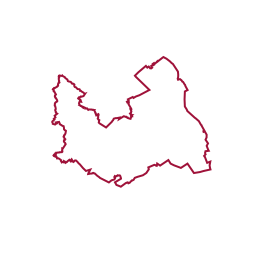 San Felipe, Guanajuato, Mexico (Albers equal-area conic projection), rotated 51°
{"feature_id": "50627088B95947511584751", "entity_name": "San Felipe", "entity_type": "district", "adm_level": 2, "iso_a3": "MEX", "parent_name": "Mexico", "parent_adm1": "Guanajuato", "projection": "albers", "projection_center": [-101.374, 21.488], "detail": "fine", "context": "isolated", "style": "outline", "palette": "rose", "viewbox_px": 256, "rotation_deg": 51, "n_neighbors": 0, "source": "geoboundaries", "source_scale": "gbopen_adm2", "svg_char_len": 5781}
<svg xmlns="http://www.w3.org/2000/svg" viewBox="0 0 256 256"><g transform="rotate(51 128 128)"><path d="M171.2,162.5L171.5,161.5L171.6,160.5L171.2,159.5L171.4,158.6L171.2,157.9L171.5,157.6L171.8,156.3L171.0,154.1L172.0,151.2L174.1,146.2L174.5,142.1L173.2,137.8L171.4,137.0L173.2,130.7L173.7,130.3L175.2,129.8L175.5,129.4L174.0,127.7L177.4,126.7L178.3,116.8L182.5,117.3L186.0,115.7L192.3,112.0L193.1,104.2L204.5,105.1L207.5,99.8L209.0,96.3L212.1,90.0L210.7,89.4L208.5,88.2L205.9,85.2L204.9,88.4L198.5,86.3L198.3,86.5L197.6,86.4L197.3,84.3L196.4,84.1L195.5,83.4L195.4,83.1L194.8,82.4L196.5,79.6L195.4,79.4L191.4,78.1L190.3,75.5L185.9,75.1L184.8,72.9L182.7,71.1L179.1,70.5L178.6,71.7L177.9,71.4L178.1,70.3L172.8,69.4L172.2,69.1L171.5,69.3L167.3,68.6L162.7,69.4L162.3,69.6L152.1,71.2L150.6,70.7L147.1,70.3L141.3,66.0L135.4,60.8L136.0,57.8L131.6,57.0L130.4,56.5L129.9,56.6L127.0,56.2L126.6,56.3L126.2,56.6L124.6,56.4L124.1,56.5L123.8,56.7L123.2,56.7L122.8,56.8L122.4,57.4L122.0,58.7L121.6,58.6L120.9,58.3L120.1,57.1L118.3,55.5L115.6,53.7L106.5,52.8L105.7,53.0L105.3,53.2L102.5,53.5L98.3,54.5L95.1,55.9L95.0,62.7L94.6,62.7L94.6,63.7L95.0,63.8L94.8,67.0L93.9,66.9L93.8,68.3L94.5,68.3L94.5,67.9L95.2,67.9L95.1,68.8L94.5,68.8L94.4,70.9L96.3,71.2L96.3,72.4L95.6,73.2L93.3,73.2L93.2,75.0L91.0,75.0L91.2,84.7L91.7,89.7L93.1,89.7L111.9,87.4L109.7,98.5L108.5,102.0L108.1,104.8L106.9,104.8L105.7,110.0L107.2,110.3L106.9,112.3L108.0,112.5L108.8,111.4L109.9,112.6L115.2,113.4L115.5,113.6L115.0,114.3L117.2,114.9L117.4,115.5L118.2,116.1L118.0,116.9L118.0,117.3L118.6,117.3L119.6,117.6L119.7,117.3L120.5,116.6L120.5,117.1L121.4,117.4L121.0,117.9L121.0,118.4L121.7,118.7L121.9,119.5L122.5,120.2L122.4,120.4L120.1,121.9L119.8,121.9L119.6,121.7L119.2,121.9L118.8,122.2L118.4,122.3L118.5,122.5L118.0,122.7L117.5,123.1L116.8,123.4L116.2,123.9L115.5,129.4L114.6,128.0L113.4,130.3L112.6,131.3L111.8,133.2L112.6,134.8L112.6,135.5L113.0,136.6L113.8,144.7L106.5,147.2L105.4,147.3L104.2,145.9L104.0,146.0L103.6,145.8L103.6,145.4L101.9,145.7L101.6,145.6L101.1,144.6L100.0,143.8L99.9,143.5L99.3,142.9L99.3,142.6L98.8,142.3L98.5,142.3L98.2,144.7L95.2,143.7L95.3,143.6L93.0,143.1L92.9,142.8L92.4,143.3L91.7,143.7L91.5,144.3L90.8,144.6L89.1,146.6L88.9,147.5L87.3,147.6L87.1,147.5L86.0,148.9L85.7,148.6L85.8,148.4L83.9,149.3L84.2,150.0L83.6,150.2L83.3,149.6L82.9,149.8L82.7,150.3L82.3,150.3L82.6,150.0L81.1,150.7L81.0,151.0L79.7,151.2L79.4,151.4L79.2,150.9L77.9,150.5L76.8,148.6L77.2,148.7L78.1,147.9L76.1,147.2L74.1,148.1L73.6,148.1L73.3,146.9L73.9,146.5L73.7,145.9L73.9,145.5L73.8,145.0L74.2,144.8L74.2,144.4L74.6,144.0L75.2,142.5L74.4,139.9L74.3,140.2L72.6,140.3L70.5,141.1L69.5,141.2L69.0,141.8L68.6,141.5L67.4,141.3L66.0,142.7L64.1,142.8L63.5,142.9L62.7,143.5L62.0,143.5L60.8,142.8L60.5,142.3L60.3,142.3L59.4,142.5L58.6,143.1L58.5,143.5L57.5,143.6L57.0,143.4L56.1,143.5L54.5,144.8L53.7,145.2L53.3,145.1L52.2,144.6L49.7,145.3L49.0,145.1L48.2,145.3L47.5,145.7L46.4,146.0L46.1,146.3L45.8,146.2L45.8,146.6L45.5,147.1L44.8,147.7L44.4,147.8L44.1,148.1L43.9,148.8L44.3,149.3L44.6,148.9L44.8,149.6L45.4,149.6L46.1,150.8L47.5,151.7L48.0,151.8L48.4,152.3L48.7,152.4L48.9,153.1L49.3,153.3L49.5,153.2L49.5,154.2L50.0,154.9L50.8,155.4L50.8,155.9L51.3,156.3L51.2,156.9L51.3,157.4L51.1,157.7L51.1,158.3L50.9,159.6L50.5,160.0L50.8,160.8L50.5,161.8L50.7,162.1L51.1,161.9L51.0,161.7L51.9,161.9L52.5,162.6L52.9,162.6L53.4,162.3L53.8,162.5L56.6,162.9L56.8,163.8L56.7,164.2L57.3,164.9L57.7,165.1L57.9,165.0L58.4,165.3L59.2,165.4L59.3,165.2L59.6,165.2L61.8,165.6L62.4,165.9L62.6,166.0L62.8,166.8L62.5,167.8L62.6,168.7L62.9,169.3L63.2,169.4L63.2,169.6L64.4,170.8L64.8,170.9L65.2,170.8L67.2,171.8L68.0,172.5L68.0,172.8L68.2,173.3L69.8,173.9L70.1,173.9L70.2,174.2L71.0,174.4L72.3,174.0L72.3,177.3L74.1,177.7L74.2,179.8L75.1,179.8L75.3,182.6L75.6,183.1L76.1,183.3L77.2,183.5L77.5,183.8L79.4,182.5L79.3,181.8L79.4,181.5L79.1,181.3L79.1,181.0L79.7,180.2L79.5,179.7L78.6,180.0L79.4,178.5L79.9,178.3L80.0,177.8L81.8,178.3L82.1,178.6L82.9,178.4L83.8,177.9L84.9,177.7L86.1,176.9L87.8,177.8L88.1,178.1L88.7,178.5L89.8,178.5L91.0,178.0L91.3,178.3L91.6,178.5L91.9,178.9L93.0,180.2L93.3,181.0L93.2,181.1L93.4,181.9L93.6,181.8L93.7,182.0L94.3,183.6L95.1,183.5L95.9,183.9L97.1,183.8L97.1,184.6L97.5,184.8L97.3,185.4L97.7,186.0L98.3,186.4L100.1,186.3L100.8,186.4L101.1,186.8L101.4,186.8L102.9,191.5L102.4,191.9L103.6,192.9L104.0,193.1L104.2,193.6L105.1,193.9L105.2,194.5L104.0,196.2L103.7,196.5L103.7,197.0L103.0,197.8L102.3,199.1L102.0,199.4L102.3,199.9L102.7,200.0L102.8,200.2L102.6,200.4L102.7,200.7L102.1,200.8L102.2,201.1L102.2,201.3L102.5,201.6L102.2,202.3L102.5,203.2L103.2,203.2L103.5,202.9L103.9,202.8L104.3,202.5L104.1,202.3L104.2,201.8L104.9,202.3L105.1,202.1L104.9,202.0L105.1,201.6L105.7,201.7L107.0,202.3L107.8,201.1L110.2,200.4L110.8,200.3L111.4,200.9L112.6,201.0L113.0,201.1L113.1,200.2L113.5,200.1L114.0,199.6L114.6,199.4L115.0,198.7L114.3,199.0L114.1,198.7L113.7,198.5L114.6,198.1L115.8,198.3L115.8,193.6L118.9,193.5L118.3,193.2L118.2,193.0L117.6,192.8L116.9,192.1L116.8,191.5L118.2,191.7L118.9,192.1L119.3,192.1L119.5,191.7L120.1,191.6L119.8,189.8L120.4,188.9L122.4,188.6L124.4,188.6L125.9,188.3L130.8,188.2L134.9,187.7L136.6,183.5L138.3,187.4L138.7,187.9L140.2,185.2L140.7,184.8L140.8,184.1L140.8,183.6L141.3,183.0L141.9,183.0L142.5,182.4L145.6,182.0L148.1,181.3L149.1,181.2L158.3,177.1L158.3,173.7L159.4,171.0L158.8,169.5L158.5,169.3L157.9,169.5L157.5,169.5L157.1,168.5L157.5,168.4L158.0,167.8L158.3,167.2L158.1,166.9L158.3,166.4L158.3,165.9L158.5,165.9L158.8,165.6L159.0,165.0L159.3,164.6L159.6,164.5L159.8,164.2L160.4,164.2L162.7,165.1L163.0,165.4L162.0,172.3L165.0,172.8L168.5,170.8L169.1,170.5L169.4,164.4L169.5,164.0L169.7,163.7L169.8,162.8L170.1,162.4L171.2,162.5Z" fill="none" stroke="#9f1239" stroke-width="2"/></g></svg>